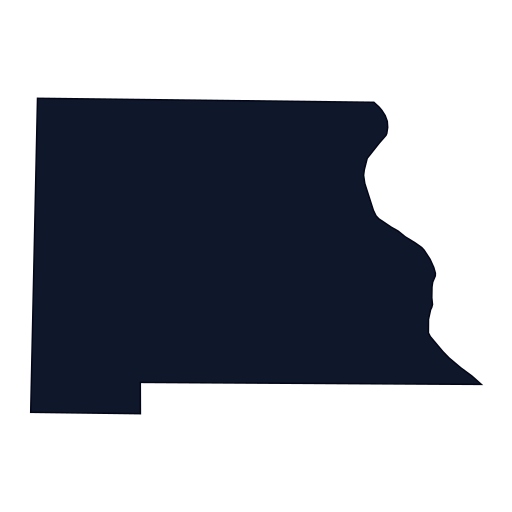 Marion, Missouri, United States of America
{"feature_id": "52423323B24545032731493", "entity_name": "Marion", "entity_type": "district", "adm_level": 2, "iso_a3": "USA", "parent_name": "United States of America", "parent_adm1": "Missouri", "projection": "orthographic", "projection_center": [-91.436, 39.803], "detail": "fine", "context": "isolated", "style": "filled", "palette": "ink", "viewbox_px": 512, "rotation_deg": 0, "n_neighbors": 0, "source": "geoboundaries", "source_scale": "gbopen_adm2", "svg_char_len": 668}
<svg xmlns="http://www.w3.org/2000/svg" viewBox="0 0 512 512"><path d="M30.7,412.3L140.4,413.7L140.3,382.4L481.3,384.4L472.0,376.1L460.5,367.6L449.0,357.9L442.8,351.5L430.3,336.6L428.4,332.9L428.5,319.3L430.6,309.7L431.7,307.5L432.5,304.5L431.8,297.7L432.0,286.9L432.7,282.1L435.3,275.9L435.4,273.2L433.8,267.5L430.1,259.3L424.1,250.1L421.7,247.5L415.2,242.9L405.2,236.8L398.2,231.1L391.3,227.2L378.8,218.8L376.0,215.8L373.4,210.4L364.8,183.5L363.6,175.3L364.3,169.8L367.2,158.3L379.3,143.0L386.0,135.3L386.8,133.4L387.7,127.4L387.3,121.3L385.2,115.6L381.9,110.4L379.2,107.2L373.9,102.3L37.5,98.3L30.7,412.3Z" fill="#0f172a" stroke="#020617" stroke-width="1.5"/></svg>